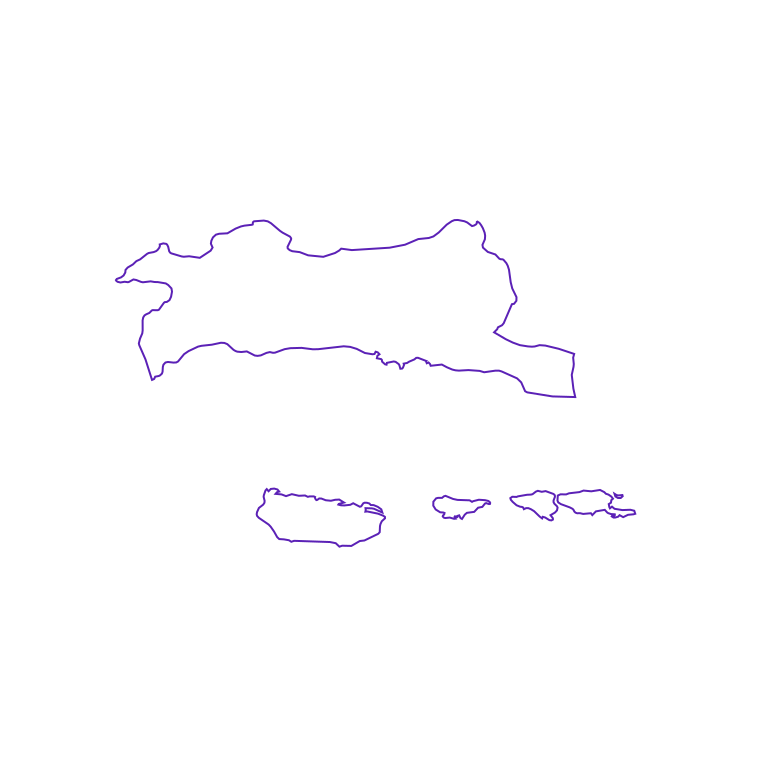 the Province of Sumatera Barat, rotated 303°
{"feature_id": "IDN-539", "entity_name": "Sumatera Barat", "entity_type": "Province", "adm_level": 1, "iso_a3": "IDN", "parent_name": "Indonesia", "parent_adm1": "", "projection": "natural_earth1", "projection_center": [100.097, -1.223], "detail": "fine", "context": "isolated", "style": "outline", "palette": "violet", "viewbox_px": 768, "rotation_deg": 303, "n_neighbors": 0, "source": "natural_earth", "source_scale": "10m", "svg_char_len": 6171}
<svg xmlns="http://www.w3.org/2000/svg" viewBox="0 0 768 768"><g transform="rotate(303 384 384)"><path d="M477.2,551.5L465.3,532.0L455.0,508.7L454.8,506.3L460.1,498.2L461.2,492.5L458.6,475.8L457.8,473.1L455.9,470.2L448.4,461.6L447.1,457.1L441.7,447.3L436.0,439.5L434.4,436.5L433.3,433.4L432.3,427.7L431.8,421.9L424.7,413.2L425.8,411.8L426.3,409.6L424.7,408.6L426.0,406.7L426.3,406.8L424.5,398.3L423.5,396.8L421.2,396.1L416.4,392.9L414.2,391.9L411.8,389.4L410.9,390.4L408.0,391.0L406.8,390.8L405.7,389.4L408.1,386.7L408.7,385.5L408.9,381.7L408.2,379.9L403.3,374.9L401.6,375.6L401.1,374.2L401.7,370.3L403.1,369.0L403.3,368.0L401.7,364.0L404.1,363.1L406.5,364.0L407.1,361.7L406.9,360.6L406.5,359.4L404.0,359.7L402.7,358.2L399.6,351.1L398.6,342.0L396.7,335.4L393.7,329.7L377.4,309.9L374.4,305.5L369.4,295.2L363.0,285.9L359.1,281.7L350.9,275.5L349.7,273.9L348.6,270.9L346.1,268.5L340.9,265.1L338.7,262.6L337.5,260.1L336.6,251.2L333.1,246.9L331.2,243.3L330.8,241.5L330.7,239.2L332.1,230.9L331.5,227.8L329.8,224.8L323.2,218.2L316.6,210.1L314.1,207.7L305.2,202.2L300.2,200.1L290.7,199.0L288.9,198.0L287.3,195.8L284.8,190.8L283.0,189.0L280.1,188.5L277.9,189.2L273.7,191.6L271.8,192.1L269.3,191.5L268.1,190.8L265.5,188.1L263.1,188.5L261.1,187.2L274.7,170.6L283.2,157.7L284.5,156.3L289.1,154.7L294.8,153.7L297.5,152.4L305.9,146.9L308.7,145.8L311.1,145.8L312.9,146.6L315.8,148.5L319.2,149.2L319.9,149.7L322.7,154.1L323.8,154.8L332.2,155.2L333.2,155.5L334.6,157.2L337.5,158.4L341.2,157.9L346.0,155.9L348.4,153.7L349.5,149.1L349.5,146.2L346.2,138.6L344.6,136.1L343.0,132.4L338.0,126.4L337.3,124.6L336.3,119.6L335.2,116.9L330.7,114.5L329.9,113.8L328.5,110.8L325.6,107.7L324.6,104.9L324.7,103.4L325.1,102.6L326.6,102.7L330.2,105.4L333.2,106.5L336.6,106.3L338.9,105.1L342.1,105.6L347.5,108.3L352.2,109.4L355.7,111.6L364.1,114.4L365.7,115.3L369.2,119.0L371.3,120.5L373.1,121.1L375.9,121.3L377.7,120.9L378.9,119.9L381.7,122.3L382.9,125.0L382.8,126.1L381.6,128.2L378.3,131.6L377.7,133.1L377.7,134.4L380.8,144.9L381.7,146.8L385.0,151.0L389.5,160.8L401.4,166.0L405.1,165.9L407.4,162.4L410.1,161.2L413.8,160.7L417.7,161.7L420.2,163.9L425.1,170.6L433.5,174.9L438.2,178.2L440.8,180.7L445.6,186.5L446.3,187.0L448.2,186.0L449.3,186.2L449.9,186.7L455.6,194.2L457.1,197.9L457.3,201.6L455.8,213.3L455.7,216.5L456.4,224.9L455.6,226.8L454.5,227.4L446.5,228.4L445.3,229.4L444.9,231.9L445.4,234.7L448.7,241.5L450.6,250.3L457.6,263.8L467.2,271.6L471.5,273.7L474.2,274.4L478.8,284.1L501.4,314.5L512.3,325.8L524.2,333.8L530.9,342.1L534.7,345.1L540.9,347.4L551.8,349.8L557.5,352.2L559.8,353.8L561.8,356.6L564.3,362.8L564.8,365.8L564.4,371.8L565.9,373.2L568.1,374.3L569.2,374.3L570.5,373.6L571.1,373.9L571.1,376.3L570.1,379.0L568.5,382.1L565.7,386.0L563.4,388.1L560.3,389.8L554.3,390.8L552.3,392.7L551.3,399.1L553.3,406.9L551.9,412.4L552.1,413.7L553.2,415.7L553.2,416.8L552.0,420.8L550.6,423.3L547.9,426.6L538.4,434.8L534.0,439.5L529.0,447.8L525.9,449.7L522.1,449.4L520.6,447.8L500.2,451.3L497.6,451.0L493.6,448.7L491.6,449.1L487.3,448.2L487.9,461.7L488.9,469.5L490.6,476.8L493.9,484.2L495.9,487.8L497.6,490.0L501.3,493.3L504.1,498.4L508.7,511.4L512.8,527.1L509.1,528.3L504.1,532.3L501.6,533.6L493.9,536.5L483.2,545.4L477.2,551.5ZM275.3,438.8L276.8,441.3L277.6,445.7L277.4,450.0L275.3,452.6L273.9,443.5L273.0,441.4L269.8,436.1L268.4,437.3L266.8,437.9L268.0,439.4L272.0,449.6L273.1,455.0L273.1,457.1L271.9,458.0L267.7,456.9L264.7,457.3L262.7,458.0L257.4,461.1L255.3,460.8L242.1,452.8L239.1,449.2L230.4,444.8L225.6,437.0L223.3,435.2L224.2,430.2L222.0,424.7L203.5,394.0L201.2,392.2L201.2,389.4L199.2,384.7L196.9,380.6L197.4,377.8L200.4,372.1L202.6,366.7L203.3,363.8L203.6,351.8L204.3,349.3L205.5,348.1L207.4,347.3L211.9,346.6L217.1,348.4L219.3,348.4L221.0,347.5L223.8,344.5L225.3,343.8L230.2,342.6L232.0,342.9L231.2,345.6L234.3,346.2L236.5,348.9L237.5,352.1L236.7,354.7L235.0,353.2L232.8,352.9L235.6,358.2L236.6,362.9L241.4,366.7L243.9,373.5L247.5,378.5L247.9,381.6L249.1,382.7L251.5,386.4L251.7,387.7L251.2,387.8L250.3,389.0L249.8,390.5L250.5,391.2L252.7,392.0L253.8,393.8L254.8,398.5L257.2,403.1L260.3,406.1L262.7,409.4L262.8,415.0L258.8,411.4L258.0,411.4L258.8,413.9L260.5,416.8L264.3,421.5L267.2,423.1L267.9,430.6L269.0,431.5L272.7,431.6L273.9,432.4L275.1,434.4L275.8,436.8L275.3,438.8ZM404.9,645.3L408.1,652.6L412.7,659.1L414.0,662.9L412.0,665.4L410.6,664.2L407.2,659.9L402.6,657.1L402.3,653.0L400.2,652.6L397.8,650.5L397.0,649.2L397.0,647.1L397.8,647.1L398.4,648.5L399.0,648.9L399.8,649.0L400.4,648.5L398.6,645.3L397.8,642.4L397.8,641.2L398.7,637.7L392.6,631.1L387.5,630.1L388.3,627.9L383.5,621.8L382.4,618.7L380.8,616.4L380.4,614.7L380.7,613.1L381.7,611.4L382.0,610.1L381.7,607.0L379.6,597.8L379.6,594.6L380.7,593.0L385.1,590.5L387.6,592.1L390.6,596.9L393.1,598.7L399.8,606.8L403.3,609.4L406.9,616.3L412.8,622.9L413.3,627.7L412.8,629.8L413.5,632.5L413.4,636.0L412.5,638.5L410.4,637.9L408.1,639.0L405.7,637.9L403.5,640.0L402.8,641.2L405.3,642.0L404.9,645.3ZM382.2,577.9L384.1,586.1L383.7,587.9L382.5,588.8L378.8,589.6L377.3,590.5L376.4,592.1L375.7,595.6L374.9,596.9L372.2,597.9L369.3,597.4L364.7,595.1L363.4,598.7L362.3,599.5L360.8,598.7L359.9,596.8L359.8,591.8L359.1,589.5L357.4,589.8L357.6,586.8L359.1,579.1L359.0,575.3L358.5,572.7L357.3,570.8L355.2,569.5L356.2,568.0L356.1,566.8L355.2,564.9L354.5,561.2L355.2,556.2L356.0,553.4L357.1,552.1L359.3,553.0L361.5,556.7L362.7,557.5L369.0,564.3L371.3,567.5L372.5,568.6L376.5,570.0L378.2,571.2L379.5,575.0L382.2,577.9ZM338.6,526.6L341.6,532.0L342.7,535.1L342.6,537.5L342.6,536.5L342.1,537.8L341.2,538.2L340.5,537.5L339.7,534.5L338.7,533.8L334.5,533.4L331.5,530.3L325.9,529.3L321.1,523.7L318.4,522.9L313.3,522.9L313.2,521.2L314.8,518.6L313.3,517.4L312.6,518.0L312.2,517.9L311.7,515.6L310.9,515.6L310.1,517.4L309.1,516.2L307.8,511.9L304.9,508.3L304.5,506.9L304.9,505.4L305.8,505.1L307.4,505.5L308.8,505.0L308.5,503.7L307.0,501.0L306.9,495.7L308.8,491.6L312.2,489.5L316.5,490.0L317.9,491.3L320.1,494.7L322.4,495.4L323.7,496.5L325.2,504.5L326.8,508.7L333.1,519.2L333.1,522.0L334.3,522.6L338.6,526.6ZM417.5,637.1L417.5,639.6L418.3,641.4L420.7,644.4L419.9,645.3L417.3,644.6L415.8,642.2L415.7,639.3L417.5,637.1Z" fill="none" stroke="#5b21b6" stroke-width="2"/></g></svg>